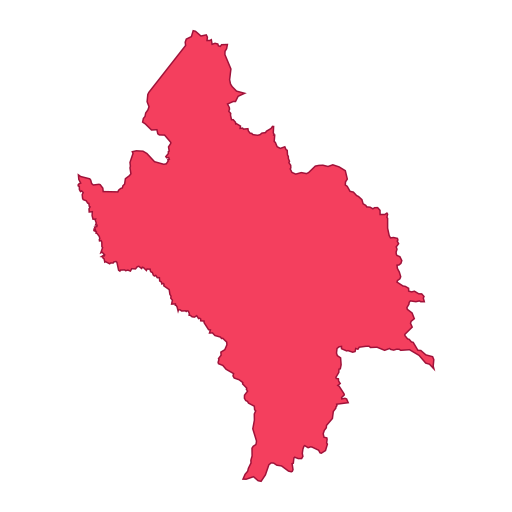 Jataí, Goiás, Brazil (Robinson projection), rotated 180°
{"feature_id": "56859067B77206783707200", "entity_name": "Jataí", "entity_type": "district", "adm_level": 2, "iso_a3": "BRA", "parent_name": "Brazil", "parent_adm1": "Goiás", "projection": "robinson", "projection_center": [-51.746, -17.904], "detail": "fine", "context": "isolated", "style": "filled", "palette": "rose", "viewbox_px": 512, "rotation_deg": 180, "n_neighbors": 0, "source": "geoboundaries", "source_scale": "gbopen_adm2", "svg_char_len": 6091}
<svg xmlns="http://www.w3.org/2000/svg" viewBox="0 0 512 512"><g transform="rotate(180 256 256)"><path d="M433.6,337.1L433.2,332.6L431.3,328.9L433.1,328.1L433.9,327.0L433.7,326.0L432.7,325.6L432.6,322.4L431.5,320.4L430.4,321.1L428.8,319.5L429.8,317.4L429.4,313.6L428.8,312.4L425.7,311.2L424.4,308.9L423.2,308.6L422.7,305.6L421.9,305.1L423.0,303.1L422.8,300.0L419.7,300.3L419.9,296.4L419.0,292.8L416.4,292.9L416.8,292.0L415.7,288.9L416.5,287.0L414.9,286.8L415.2,285.4L417.4,284.9L416.6,282.0L418.0,282.7L418.1,281.4L415.6,280.2L416.0,278.9L414.9,278.5L412.7,275.5L412.2,273.4L412.7,272.5L412.5,271.1L411.0,271.4L410.2,269.9L410.1,265.4L409.4,264.4L411.2,259.2L409.9,259.8L407.3,257.1L407.9,256.1L408.6,256.6L410.5,255.4L409.3,255.2L408.9,253.8L407.9,253.1L407.2,249.9L406.4,250.3L402.3,248.2L401.5,249.0L398.8,249.0L398.1,250.1L396.0,250.5L395.1,249.7L393.4,241.8L392.1,240.9L391.5,241.9L387.3,242.1L386.4,241.3L384.1,241.9L381.6,240.9L380.3,243.3L376.5,243.1L374.7,245.3L373.2,245.7L370.4,243.5L369.7,244.8L368.5,244.4L365.6,241.5L365.0,243.0L361.8,242.8L361.7,241.2L360.8,239.9L359.7,239.6L358.7,236.9L357.6,236.0L356.3,236.6L354.7,234.3L352.6,234.3L352.3,231.0L350.8,230.2L350.1,228.0L349.0,228.6L348.0,227.8L348.2,226.2L342.8,222.4L342.1,217.7L341.0,215.8L341.2,213.8L339.6,211.8L340.4,207.9L336.6,208.1L336.7,206.8L335.7,206.5L334.9,205.0L333.9,201.0L333.5,202.2L331.9,202.2L330.4,201.0L326.6,201.2L325.8,200.5L325.0,201.2L323.7,200.8L322.7,198.5L322.9,196.8L321.8,196.7L319.9,195.2L317.5,194.9L315.3,196.3L313.4,193.4L312.3,193.8L311.3,193.0L311.3,191.2L307.9,190.9L307.9,189.3L303.4,182.3L301.6,182.1L302.5,179.0L299.5,179.1L297.1,176.5L291.5,174.9L290.5,173.5L289.2,173.7L285.3,169.9L285.1,167.2L287.2,162.3L291.1,159.9L290.9,156.8L293.5,153.4L293.1,152.4L293.9,149.7L293.5,148.3L289.2,146.6L285.9,142.7L278.4,138.4L279.0,136.1L277.8,134.0L272.8,132.2L269.2,129.4L269.4,128.1L265.3,123.9L265.6,122.6L264.4,120.9L267.5,116.8L267.6,113.8L266.3,111.5L264.5,110.6L263.5,108.9L257.7,105.8L257.4,102.3L256.3,101.1L257.7,98.0L257.6,91.8L259.2,83.2L255.5,71.0L255.8,68.6L256.2,67.4L258.8,65.7L260.0,63.8L259.9,56.0L261.1,51.8L261.0,49.0L263.6,43.7L264.3,40.8L266.9,37.7L269.0,32.9L265.8,32.8L258.5,35.3L253.9,31.3L250.9,30.7L246.6,37.1L243.1,47.3L240.8,49.1L238.3,48.9L235.2,46.8L230.5,46.1L223.5,40.9L220.7,40.2L219.7,40.7L219.0,42.4L219.9,48.4L218.7,48.8L218.1,54.0L217.3,54.8L213.7,53.4L210.4,53.4L209.1,55.6L209.7,58.6L209.1,62.9L208.1,65.7L207.3,66.4L203.9,64.3L201.2,65.2L199.7,64.8L193.4,61.8L192.0,59.2L190.7,58.8L186.5,61.5L184.6,67.9L185.4,69.0L184.9,72.8L185.2,74.1L188.0,74.8L188.8,78.3L187.7,81.6L185.7,84.2L185.5,86.6L179.6,93.5L178.7,100.5L176.2,103.8L176.0,105.2L175.1,106.3L175.4,107.8L163.8,109.3L165.4,113.0L167.0,113.7L170.2,113.1L170.4,114.5L167.7,117.1L168.0,118.2L172.8,125.7L174.2,126.6L171.8,128.5L173.4,130.9L173.6,133.2L175.7,133.5L176.1,134.7L173.2,139.6L173.0,142.8L171.7,143.2L170.9,147.2L171.4,154.1L174.7,156.4L175.5,158.9L175.0,163.5L173.0,165.2L170.5,165.6L170.5,163.3L165.4,161.1L164.0,161.4L159.3,159.8L156.9,160.5L156.3,163.5L154.1,162.8L152.8,164.8L146.3,165.7L143.0,165.8L141.5,164.5L135.0,164.8L127.4,161.7L122.4,163.5L121.4,162.6L118.3,161.9L115.4,162.8L112.8,162.7L111.3,161.7L102.5,162.3L92.9,156.6L86.3,148.9L82.5,147.8L78.1,143.1L78.8,145.9L78.2,152.4L79.4,155.3L86.1,157.1L91.2,161.5L94.1,161.7L98.8,169.6L100.6,170.1L102.8,172.6L104.4,173.1L107.1,176.4L107.2,177.6L99.8,184.9L101.5,188.7L100.9,190.7L97.7,193.3L99.9,199.0L104.7,202.7L105.1,204.4L103.1,207.7L102.8,209.7L101.6,211.1L96.1,210.3L92.6,211.1L91.3,210.3L87.7,210.3L88.7,213.9L88.0,215.5L90.3,218.1L93.3,218.2L97.6,220.8L100.4,220.1L103.3,220.9L103.4,223.7L106.7,225.6L109.0,226.0L115.0,229.9L114.6,231.4L112.1,233.2L111.3,235.3L112.7,240.0L114.6,243.5L115.0,246.8L113.1,247.0L111.1,248.6L110.2,251.4L112.1,255.3L115.1,256.6L115.7,257.8L115.9,259.9L115.0,262.8L115.8,265.1L113.4,268.3L114.8,270.9L114.1,272.0L114.6,273.6L118.5,274.5L121.5,274.1L122.8,276.4L124.4,283.8L124.4,293.7L125.1,294.7L124.4,297.8L125.1,298.9L127.2,297.5L131.9,297.5L132.0,301.7L134.4,304.4L137.4,304.3L139.1,303.2L141.9,304.8L145.3,305.1L146.2,306.6L148.9,308.2L150.1,312.4L153.5,315.5L155.4,316.4L158.6,319.9L162.0,320.7L164.8,325.7L166.7,327.0L166.5,330.1L164.7,332.9L166.7,341.3L172.9,345.1L179.2,347.2L184.0,345.5L189.1,346.8L193.2,346.6L196.7,345.9L203.4,339.4L205.5,338.4L210.7,339.4L216.3,337.9L220.1,339.6L221.8,343.1L221.2,344.0L221.3,346.7L223.1,349.3L222.5,350.7L223.6,353.4L223.7,355.7L224.5,357.0L224.8,361.7L226.0,362.4L227.2,365.2L231.7,363.6L234.9,365.3L236.7,369.7L237.8,370.4L237.3,376.9L238.3,377.0L238.0,377.9L238.7,379.1L238.4,385.5L239.5,385.6L241.0,383.5L245.6,380.8L246.5,379.4L250.1,378.9L252.0,377.3L254.4,376.7L258.0,377.2L259.4,377.5L260.2,378.6L261.8,378.7L263.7,381.1L264.1,383.3L268.5,382.9L269.4,383.9L271.9,383.6L271.5,385.9L275.5,388.3L276.3,388.1L276.5,389.7L278.8,392.3L280.5,392.3L281.5,396.9L281.3,398.6L283.2,400.7L282.5,402.8L282.7,404.5L284.5,408.0L278.8,410.5L276.5,410.5L273.9,415.7L267.4,418.7L275.5,420.9L279.9,425.4L281.5,428.0L282.4,432.3L281.1,443.0L287.1,457.4L287.0,460.7L285.4,463.3L284.6,467.5L290.4,467.3L291.7,465.6L293.6,466.2L294.2,468.0L297.0,468.7L299.9,467.7L300.7,472.3L302.2,471.5L305.0,471.5L304.6,474.8L305.7,477.1L311.1,476.0L316.5,480.7L318.8,481.3L320.6,475.4L325.7,472.9L326.8,469.8L326.4,466.5L363.1,419.7L364.2,417.5L364.9,410.3L363.0,405.3L364.1,402.1L366.3,399.0L367.0,395.5L368.6,393.6L369.4,389.9L366.7,388.1L360.5,382.0L355.1,382.3L354.2,378.2L352.7,377.1L347.4,376.9L341.2,369.6L341.3,368.5L343.5,365.1L342.8,361.0L343.7,360.3L343.6,358.5L346.2,355.4L345.3,354.2L343.3,354.5L342.7,352.7L344.2,352.2L343.8,351.0L345.7,348.2L348.2,347.7L357.5,350.3L365.1,358.5L369.0,360.8L375.7,361.2L379.7,360.3L379.0,358.5L382.0,349.6L381.6,345.9L382.0,344.1L381.1,338.2L382.6,336.3L386.6,333.3L387.4,327.9L389.1,326.2L389.6,324.1L391.4,323.5L393.4,321.8L394.1,320.1L408.8,320.4L409.2,323.9L411.8,327.3L413.0,327.7L418.7,327.0L420.4,328.5L421.3,331.9L422.3,333.2L431.4,335.5L433.6,337.1Z" fill="#f43f5e" stroke="#9f1239" stroke-width="1.5"/></g></svg>